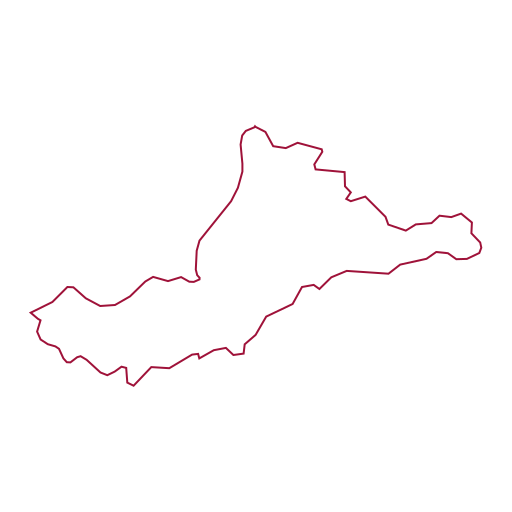 the District of Strabane
{"feature_id": "GBR-2135", "entity_name": "Strabane", "entity_type": "District", "adm_level": 1, "iso_a3": "GBR", "parent_name": "United Kingdom", "parent_adm1": "", "projection": "orthographic", "projection_center": [-7.446, 54.773], "detail": "fine", "context": "isolated", "style": "outline", "palette": "rose", "viewbox_px": 512, "rotation_deg": 0, "n_neighbors": 0, "source": "natural_earth", "source_scale": "10m", "svg_char_len": 1345}
<svg xmlns="http://www.w3.org/2000/svg" viewBox="0 0 512 512"><path d="M193.8,281.9L199.5,279.4L199.6,277.8L197.2,275.2L195.8,269.6L196.7,250.7L199.5,240.6L231.1,201.2L237.9,187.8L242.4,171.6L242.4,163.7L240.6,144.5L242.2,135.5L245.8,130.9L254.4,127.3L255.0,126.3L255.4,126.8L265.4,131.9L273.2,146.2L285.8,148.1L297.6,142.8L321.7,149.3L322.3,151.8L314.3,164.4L315.6,169.4L344.6,172.1L345.0,186.3L350.8,192.4L346.3,198.9L350.8,201.2L365.3,196.6L385.5,216.8L388.3,224.6L405.8,230.6L415.8,224.4L431.5,223.1L439.5,215.7L451.3,217.1L461.1,213.6L471.9,222.5L471.4,233.3L480.2,242.5L481.3,247.7L479.3,253.0L466.9,258.9L456.3,259.2L447.9,253.2L436.2,252.0L426.5,258.8L400.2,264.6L388.5,273.7L346.7,270.9L331.3,277.3L319.4,289.0L313.7,284.9L302.0,287.0L292.6,304.0L266.2,316.6L255.6,334.9L244.7,344.3L243.6,353.6L233.4,355.0L225.9,347.9L213.8,350.2L199.3,358.4L198.1,353.9L192.1,354.6L169.3,368.2L151.3,367.1L133.6,385.7L127.3,382.6L126.2,367.9L121.5,366.7L114.7,371.6L107.3,375.2L100.5,372.5L86.6,359.8L80.6,356.2L77.2,357.2L70.4,362.4L66.8,362.2L63.4,358.4L59.0,348.8L55.4,346.4L47.8,344.2L40.6,339.5L37.1,331.6L40.5,320.3L37.9,318.8L30.7,312.7L52.4,302.0L67.4,287.0L73.4,287.3L85.8,298.3L100.2,306.0L115.0,305.0L130.0,296.4L145.3,281.5L153.1,276.9L168.0,281.1L181.1,277.1L189.3,281.7L193.8,281.9Z" fill="none" stroke="#9f1239" stroke-width="2"/></svg>